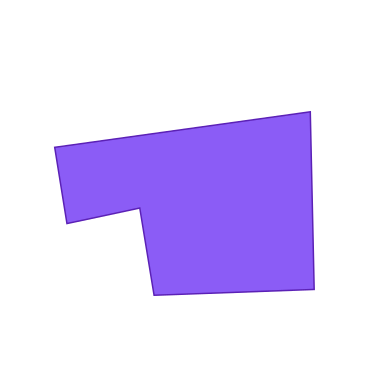 Suhag City, Suhaj, Egypt (orthographic projection), rotated 106°
{"feature_id": "37247803B45887361748458", "entity_name": "Suhag City", "entity_type": "district", "adm_level": 2, "iso_a3": "EGY", "parent_name": "Egypt", "parent_adm1": "Suhaj", "projection": "orthographic", "projection_center": [31.655, 26.477], "detail": "fine", "context": "isolated", "style": "filled", "palette": "violet", "viewbox_px": 384, "rotation_deg": 106, "n_neighbors": 0, "source": "geoboundaries", "source_scale": "gbopen_adm2", "svg_char_len": 253}
<svg xmlns="http://www.w3.org/2000/svg" viewBox="0 0 384 384"><g transform="rotate(106 192 192)"><path d="M256.8,303.5L221.8,237.8L301.7,200.0L252.0,47.7L82.3,100.4L186.9,336.3L256.8,303.5Z" fill="#8b5cf6" stroke="#5b21b6" stroke-width="1.5"/></g></svg>